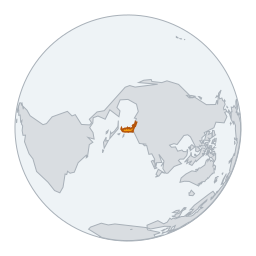 the Earth from above Florida, rotated 108°
{"feature_id": "USA-3542", "entity_name": "Florida", "entity_type": "State", "adm_level": 1, "iso_a3": "USA", "parent_name": "United States of America", "parent_adm1": "", "projection": "orthographic", "projection_center": [-82.742, 27.771], "detail": "fine", "context": "on_globe", "style": "filled", "palette": "amber", "viewbox_px": 256, "rotation_deg": 108, "n_neighbors": 0, "source": "natural_earth", "source_scale": "10m", "svg_char_len": 12489}
<svg xmlns="http://www.w3.org/2000/svg" viewBox="0 0 256 256"><g transform="rotate(108 128 128)"><circle cx="128" cy="128" r="113" fill="#eef3f6" stroke="#a8b0b8"/><path d="M136.9,165.3L134.2,164.3L131.6,167.5L122.3,162.4L118.9,156.0L90.1,143.3L87.1,139.5L86.9,133.9L77.2,113.3L81.5,131.9L77.7,127.8L74.7,120.9L76.4,119.7L74.4,109.9L71.1,105.5L70.9,93.4L77.8,79.7L78.9,82.4L80.4,79.1L79.2,75.7L78.0,74.3L81.6,60.7L78.6,52.0L74.1,52.1L77.9,50.1L67.0,52.6L63.1,51.2L69.7,51.2L72.0,50.0L70.5,48.0L72.6,46.4L73.0,44.6L75.6,42.9L79.3,43.4L81.1,42.5L79.9,41.1L81.7,38.9L83.2,40.9L86.7,37.4L93.4,38.2L95.3,46.2L101.2,46.4L108.9,54.1L110.4,52.4L114.3,54.7L117.4,53.7L117.9,55.8L120.0,53.3L118.9,51.7L119.4,50.1L121.2,49.5L122.2,51.8L121.4,52.5L122.6,52.9L122.4,54.4L123.5,53.3L124.5,56.4L126.1,52.4L129.1,54.3L129.0,56.6L125.6,57.4L117.1,65.9L116.0,69.1L117.8,72.5L128.5,76.2L128.7,79.5L131.5,83.2L132.9,80.7L131.3,77.0L134.7,73.6L132.3,69.9L133.3,68.1L132.2,64.0L136.1,63.6L140.4,65.5L141.5,68.9L143.4,70.0L145.4,66.1L150.3,72.2L158.6,76.1L159.4,78.0L155.8,82.3L148.3,83.6L143.5,90.5L150.3,85.2L152.4,90.5L154.3,91.1L156.4,90.5L157.1,88.2L158.5,90.0L152.4,95.6L150.9,94.1L152.9,92.2L149.4,93.0L145.2,97.4L146.6,100.0L138.9,104.8L139.8,106.8L138.6,109.2L137.7,105.5L139.2,112.4L130.4,120.8L132.2,133.0L126.4,123.7L121.8,122.7L116.4,123.0L116.6,125.0L109.2,123.3L102.7,127.3L100.8,136.8L103.7,144.2L111.9,144.9L114.2,140.9L120.1,140.1L116.3,150.9L126.7,152.4L125.9,160.3L129.0,164.3L134.1,163.0L139.5,164.6L143.1,159.9L149.0,156.8L149.3,163.2L152.4,157.0L155.8,159.7L167.4,157.7L166.6,159.2L176.4,164.7L186.6,165.4L188.9,169.1L187.8,172.1L191.2,171.9L191.2,173.6L204.4,171.5L210.7,172.8L210.2,178.5L204.3,187.3L197.6,201.5L186.7,208.9L183.1,214.1L173.0,222.2L166.5,223.3L167.4,225.6L163.1,227.9L158.6,228.8L157.1,230.6L153.7,231.2L155.4,231.9L149.0,234.6L149.7,235.8L144.8,237.4L145.3,237.9L143.8,238.1L142.0,238.5L141.5,238.8L137.4,238.6L137.2,237.2L139.5,236.2L137.6,236.2L142.5,233.4L140.0,234.1L142.3,229.5L146.6,224.9L151.1,209.9L149.0,206.9L140.8,203.6L130.9,190.8L133.8,185.0L131.6,182.3L139.0,173.4L136.9,165.3ZM26.1,110.3L26.9,107.8L27.0,110.0L26.1,110.3ZM27.0,105.9L26.8,106.8L26.9,105.9L27.0,105.9ZM26.8,105.0L26.9,105.6L26.7,105.1L26.8,105.0ZM26.5,104.1L26.7,104.5L26.5,104.1ZM131.8,137.1L143.7,142.1L137.2,143.3L138.4,142.2L135.3,140.0L129.7,138.1L123.9,139.5L131.8,137.1ZM26.3,102.0L26.3,101.5L26.5,101.6L26.3,102.0ZM136.6,130.2L134.6,129.8L136.6,129.7L136.6,130.2ZM77.1,74.0L78.9,75.8L79.3,79.7L77.5,78.3L77.1,74.0ZM76.7,67.2L78.2,67.4L76.3,70.6L76.1,69.5L76.7,67.2ZM70.4,52.7L71.5,53.8L69.7,53.4L70.4,52.7ZM72.6,44.6L71.6,44.9L72.3,43.9L72.6,44.6ZM130.2,64.6L131.2,64.3L130.9,65.2L130.2,64.6ZM128.8,63.2L127.7,64.4L126.9,63.9L127.5,63.2L128.8,63.2ZM76.9,40.6L78.2,39.0L77.5,40.6L76.9,40.6ZM130.3,61.8L125.5,62.9L124.1,62.1L125.5,58.7L130.3,61.8ZM79.4,38.1L82.6,34.7L80.7,34.9L87.9,32.6L82.8,36.1L82.2,38.0L81.2,37.4L79.4,38.1ZM117.8,51.4L119.0,53.1L116.4,52.4L117.8,51.4ZM116.0,51.4L107.0,51.8L106.1,49.2L109.3,49.5L106.7,46.8L110.6,45.2L112.9,46.4L112.8,48.3L114.4,46.3L116.0,51.4ZM91.3,32.0L92.6,31.4L92.0,32.2L91.3,32.0ZM119.4,49.4L117.7,49.6L116.8,47.4L120.0,46.5L119.3,47.5L119.4,49.4ZM104.1,46.9L104.0,45.2L107.2,43.4L107.5,42.6L110.7,45.0L104.1,46.9ZM120.4,47.7L121.7,46.2L123.8,46.7L121.1,49.1L120.4,47.7ZM115.2,47.2L114.9,46.1L116.1,46.4L115.2,47.2ZM131.8,48.2L129.7,48.3L129.1,47.1L131.8,48.2ZM122.1,45.6L121.4,45.4L120.9,45.0L122.1,44.2L122.1,45.6ZM112.7,43.7L114.0,43.4L111.5,42.6L113.8,41.4L115.5,43.3L115.7,42.0L116.4,41.7L117.0,43.6L112.7,43.7ZM121.9,42.1L124.9,44.4L128.8,44.4L129.5,45.4L123.0,45.3L121.9,42.1ZM119.0,42.8L121.0,42.6L120.8,43.9L119.4,44.8L119.0,42.8ZM114.7,40.0L110.8,41.3L110.6,40.9L114.7,40.0ZM123.1,41.8L122.4,41.3L123.4,41.7L123.1,41.8ZM117.3,40.2L116.0,40.7L115.7,40.2L117.3,40.2ZM122.0,40.0L123.0,40.6L122.0,41.3L122.0,40.0ZM119.9,39.9L119.9,39.1L121.1,41.1L119.3,40.1L119.9,39.9ZM117.3,39.7L116.8,39.5L117.9,39.5L117.3,39.7ZM125.1,37.4L126.9,39.8L124.8,41.0L123.4,38.5L125.1,37.4ZM144.0,238.9L137.6,238.8L141.3,238.9L144.7,238.1L147.8,238.2L144.0,238.9ZM153.5,236.5L157.0,235.6L157.6,235.6L155.4,236.3L153.5,236.5ZM211.0,51.9L212.7,53.8L210.3,51.5L203.0,44.0L201.8,42.9L211.0,51.9ZM196.9,38.9L197.1,39.1L192.9,36.0L196.9,39.1L197.5,39.4L200.0,41.5L199.7,41.4L198.2,40.2L199.0,41.2L205.7,47.1L207.0,48.0L210.9,53.0L213.4,55.1L215.5,57.7L212.0,55.2L210.2,53.3L206.2,52.9L208.6,55.2L212.4,55.9L212.5,56.7L215.7,60.3L213.4,58.2L208.5,57.2L210.1,62.7L217.1,75.4L217.0,78.8L214.6,79.9L206.9,71.0L208.1,64.4L205.4,61.6L200.8,60.3L201.5,58.5L199.8,57.3L199.8,55.0L195.6,49.7L194.9,47.4L189.2,43.7L188.0,42.1L191.8,44.7L194.1,45.4L192.0,40.4L190.4,38.9L186.8,37.0L186.7,36.1L183.4,35.0L180.2,31.9L181.4,34.8L177.2,33.2L173.0,30.7L171.9,30.8L178.7,35.0L181.2,36.2L183.0,36.4L190.1,40.9L191.7,43.0L185.1,40.7L186.7,43.7L180.9,41.0L166.0,30.7L161.9,27.6L163.9,24.8L167.2,25.9L168.2,27.4L171.1,27.1L169.0,26.6L168.9,26.0L164.9,24.7L164.6,24.2L161.2,23.9L160.4,23.2L162.6,23.4L156.0,21.3L153.3,20.0L151.9,19.8L151.2,19.9L148.2,18.4L147.3,18.3L148.0,18.8L146.6,19.1L143.1,19.1L142.2,18.5L143.4,18.4L144.6,17.6L147.8,17.8L147.1,17.6L144.1,17.4L142.7,18.3L140.8,18.5L141.0,17.8L140.8,18.1L139.6,18.0L137.6,17.5L137.1,18.2L125.0,19.5L120.0,19.1L121.5,18.1L112.2,19.5L107.3,19.6L107.9,19.9L103.8,21.2L105.3,21.2L105.3,21.5L95.5,25.7L92.5,26.5L89.0,29.4L89.3,29.6L91.3,29.1L87.9,32.6L80.7,34.9L80.4,34.1L76.2,36.3L76.0,34.4L73.9,34.1L76.2,31.2L74.4,31.5L72.9,32.4L69.3,33.7L66.9,33.8L75.3,29.7L80.1,30.2L78.7,29.4L80.9,28.5L81.6,27.7L80.4,27.5L79.1,28.1L87.1,23.4L87.8,22.8L95.6,20.1L103.6,18.0L111.7,16.6L119.8,15.7L128.1,15.4L136.3,15.7L144.5,16.6L152.6,18.1L160.5,20.2L168.3,22.8L175.9,26.1L183.2,29.8L190.3,34.1L196.9,38.9ZM240.3,119.6L240.2,118.6L240.3,121.8L239.8,119.8L239.6,121.3L236.4,134.2L233.8,133.0L226.8,124.0L226.3,116.8L223.3,110.8L217.0,79.5L218.8,77.6L217.5,65.9L217.9,65.3L221.5,70.2L223.2,68.5L219.7,63.1L218.7,61.2L223.1,67.7L227.1,74.5L230.6,81.6L233.6,88.9L236.1,96.4L238.1,104.0L239.5,111.8L240.3,119.6ZM222.9,92.5L223.9,94.5L222.9,92.5ZM167.8,157.5L169.2,158.5L167.4,158.8L167.8,157.5ZM136.4,146.1L138.9,146.1L140.2,147.0L138.4,147.5L136.4,146.1ZM156.8,144.3L159.5,144.5L156.7,145.4L156.8,144.3ZM145.6,142.7L154.6,144.4L149.1,146.9L143.4,145.9L147.3,145.0L145.6,142.7ZM135.7,134.1L137.3,134.5L136.9,135.8L135.7,134.1ZM138.1,130.1L137.5,130.2L136.7,129.3L138.1,130.1ZM152.8,90.1L153.3,89.8L155.5,89.6L154.6,90.7L152.8,90.1ZM164.1,83.8L166.3,86.8L164.1,85.2L163.4,87.1L157.9,86.4L159.6,78.9L159.8,82.3L164.1,83.8ZM151.1,83.7L154.3,84.8L150.7,83.9L151.1,83.7ZM190.3,53.9L191.7,53.6L193.7,55.5L194.5,59.3L191.5,56.5L190.3,53.9ZM193.2,52.9L186.4,50.0L185.7,47.8L187.3,49.4L187.4,48.3L190.0,50.7L195.9,51.8L198.1,53.6L198.3,59.1L197.0,56.1L195.7,56.5L193.2,52.9ZM170.5,49.1L167.6,48.6L169.8,44.4L172.3,45.4L173.2,49.0L170.8,50.0L170.5,49.1ZM133.7,55.9L132.4,56.5L132.1,55.8L133.0,54.7L133.7,55.9ZM130.9,48.3L138.9,52.8L137.8,53.6L143.8,55.6L143.4,58.7L139.5,57.2L143.6,61.2L140.0,61.1L143.1,63.7L134.6,60.1L131.5,60.5L135.1,58.9L135.6,56.0L134.9,54.9L130.5,52.0L124.1,51.6L123.5,49.0L124.8,47.2L126.3,46.9L126.2,48.7L128.2,47.0L129.2,49.3L130.9,48.3ZM140.6,32.3L139.9,33.8L144.1,32.1L145.1,33.9L145.5,33.6L147.6,34.9L150.9,36.0L150.8,36.9L152.1,37.0L153.5,38.0L155.3,38.4L155.8,40.3L158.0,41.0L157.0,41.5L160.6,42.4L158.2,42.6L159.7,44.0L161.3,43.1L159.9,53.3L161.2,57.9L163.6,61.8L159.1,62.0L153.9,58.7L149.0,54.0L148.4,49.7L146.5,50.7L145.6,49.0L147.5,48.9L144.0,48.1L143.8,46.8L139.5,43.5L134.7,43.5L133.0,42.5L134.8,41.8L131.8,41.2L134.1,39.3L132.9,38.5L134.0,36.0L138.1,35.4L136.5,34.6L137.2,32.9L140.6,32.3ZM125.6,36.6L130.3,35.1L133.2,35.4L130.1,39.7L130.9,40.7L129.0,43.8L124.9,43.3L125.8,42.4L125.7,41.5L127.1,42.0L125.9,40.9L127.1,39.7L126.6,38.6L128.3,38.4L125.6,36.6ZM216.2,62.6L216.2,61.9L215.6,60.4L217.6,62.8L216.2,62.6ZM213.1,62.1L212.7,61.0L215.2,63.3L215.3,64.2L213.1,62.1ZM210.3,58.6L212.5,60.8L211.3,60.1L210.3,58.6ZM191.2,43.7L190.6,42.7L191.3,42.9L192.7,44.0L191.2,43.7ZM153.3,28.9L152.5,29.4L151.7,29.2L148.2,29.4L147.2,28.3L148.9,27.7L153.3,28.9ZM215.7,57.8L215.3,56.9L216.3,58.4L215.7,57.8ZM151.6,27.7L150.3,27.9L150.6,27.3L151.6,27.7ZM146.3,27.5L146.3,26.7L146.6,28.2L146.3,27.5ZM141.0,20.3L147.1,21.0L150.8,21.2L151.8,20.6L152.9,21.9L147.3,21.6L141.0,20.3ZM127.1,19.6L126.2,20.4L124.9,20.1L124.9,19.9L127.1,19.6ZM127.8,20.0L130.0,21.0L128.4,21.5L127.0,20.6L127.8,20.0ZM141.0,23.7L142.9,24.0L142.6,24.4L141.0,23.7ZM81.0,25.7L81.3,25.5L79.0,26.6L81.0,25.7ZM91.9,31.2L92.6,31.4L91.3,31.7L91.9,31.2ZM106.2,21.4L105.9,21.9L104.5,22.1L106.2,21.4ZM104.5,23.4L106.3,22.8L104.7,23.7L104.5,23.4ZM110.3,21.6L107.2,22.7L109.7,21.3L110.3,21.6Z" fill="#d9dde1" stroke="#a8b0b8" stroke-width="1"/><path d="M120.3,122.8L120.0,122.8L120.1,122.7L120.1,122.4L120.1,122.2L119.9,122.0L119.8,121.8L119.8,121.5L124.2,121.6L124.3,121.8L124.3,122.1L128.8,122.5L128.9,122.8L129.0,122.9L129.2,122.5L129.2,122.3L129.2,122.2L129.3,122.0L129.8,122.2L130.2,122.2L130.2,122.6L130.1,122.4L130.1,122.5L130.3,122.7L130.3,123.0L130.6,124.1L131.1,125.4L131.6,126.2L131.8,126.6L131.7,126.7L131.7,127.1L131.8,127.4L132.0,127.7L132.0,127.8L131.7,127.3L131.7,127.1L131.7,126.8L131.7,126.5L131.7,126.3L131.4,126.3L131.4,126.2L131.5,126.8L132.1,128.2L132.2,128.5L132.4,129.1L132.2,129.0L132.5,129.2L132.7,129.5L132.7,129.8L132.8,130.3L132.7,131.2L132.6,131.3L132.6,131.9L132.6,131.6L132.5,131.9L132.4,132.0L132.3,132.5L132.1,132.9L132.2,133.0L132.1,132.9L132.0,133.0L131.9,133.0L132.0,132.9L131.9,132.9L131.8,133.0L131.7,133.0L131.4,133.1L130.9,133.2L130.8,132.8L131.0,132.9L131.1,133.0L131.2,132.9L130.8,132.7L130.7,132.4L130.8,132.3L130.7,132.3L130.6,132.0L130.5,131.9L130.2,131.7L129.9,131.6L129.7,131.2L129.7,131.3L129.6,130.6L129.3,130.5L129.3,130.4L129.3,130.5L129.5,130.4L129.7,130.1L129.4,130.4L129.2,130.4L129.2,130.1L129.2,129.8L129.1,129.7L129.3,129.6L129.1,129.6L128.9,129.6L129.0,129.9L128.8,129.8L128.7,129.6L128.5,129.3L128.4,129.1L128.3,128.9L128.3,128.7L128.1,128.6L128.3,128.5L128.2,128.5L128.3,128.4L128.2,128.4L128.6,127.9L128.6,127.7L128.5,127.9L128.4,127.9L128.3,127.7L128.2,127.6L128.3,127.6L128.1,127.5L128.3,127.8L128.2,127.8L128.2,128.1L127.9,127.9L128.0,128.1L127.8,127.9L127.8,127.7L127.8,127.8L128.0,127.3L127.9,127.2L128.0,127.0L128.1,126.7L128.2,126.2L128.1,125.9L128.2,126.0L128.2,125.8L128.0,125.7L127.9,125.2L127.5,125.2L127.4,125.0L127.2,124.8L126.9,124.5L126.9,124.3L126.6,124.1L126.4,123.8L125.8,123.4L125.6,123.5L125.5,123.4L125.2,123.5L125.3,123.7L125.1,123.6L125.3,123.7L125.3,123.8L125.2,123.8L124.4,124.1L124.1,124.1L123.9,124.1L123.6,124.2L123.4,123.9L123.5,123.8L123.5,124.1L123.5,123.8L123.2,123.6L123.3,123.6L123.0,123.3L123.4,123.5L123.5,123.5L123.4,123.4L123.4,123.5L123.3,123.4L123.2,123.3L122.9,123.2L123.1,123.1L123.2,122.9L123.1,123.0L122.9,122.9L122.7,123.0L122.8,123.1L123.0,123.3L122.9,123.3L122.4,122.9L121.6,122.7L121.9,122.8L122.0,122.7L122.1,122.8L122.1,122.7L122.3,122.8L122.2,122.6L121.8,122.6L121.7,122.6L121.8,122.5L121.7,122.5L121.2,122.7L120.5,122.8L120.6,122.7L120.8,122.7L121.0,122.6L120.8,122.5L120.9,122.4L120.7,122.6L120.6,122.4L120.5,122.5L120.3,122.7L120.3,122.8L120.3,122.8ZM131.5,126.5L131.6,126.3L131.6,126.7L131.6,127.0L131.5,126.6L131.5,126.5ZM132.4,132.7L132.2,133.1L131.9,133.5L132.1,133.2L132.2,132.8L132.4,132.7L132.4,132.7ZM121.3,122.7L121.6,122.7L120.4,122.8L121.3,122.7ZM132.3,128.7L132.0,127.8L132.1,128.1L132.5,129.1L132.3,128.7ZM129.2,130.5L129.1,130.3L129.0,130.1L129.2,130.5ZM129.1,130.6L129.3,130.6L129.2,130.7L128.9,130.4L129.1,130.6ZM124.0,124.3L123.8,124.2L124.0,124.2L124.0,124.3ZM130.2,134.1L130.0,134.3L130.1,134.2L130.2,134.1ZM124.2,124.3L124.7,124.1L124.2,124.3L124.2,124.3ZM130.3,133.9L130.5,134.0L130.3,133.9ZM128.2,128.8L128.1,128.7L128.3,128.9L128.2,128.8ZM129.9,134.2L130.0,134.3L129.8,134.3L129.9,134.2ZM130.3,131.8L130.2,131.8L130.2,131.7L130.3,131.8ZM131.0,134.0L130.9,134.0L131.0,133.9L131.0,134.0L131.0,134.0ZM124.7,124.0L124.9,124.0L124.7,124.0L124.7,124.0ZM128.8,129.9L128.8,130.0L128.8,129.9ZM130.2,134.1L130.3,134.1L130.2,134.1L130.2,134.1ZM131.5,133.7L131.5,133.8L131.4,133.8L131.5,133.7ZM132.5,132.4L132.5,132.6L132.4,132.6L132.5,132.4ZM131.2,133.9L131.1,134.0L131.2,133.9L131.2,133.9ZM129.8,134.3L129.7,134.3L129.8,134.3ZM128.9,130.2L128.9,130.3L128.9,130.2ZM130.1,131.7L130.1,131.8L130.1,131.7ZM129.1,134.3L129.1,134.2L129.1,134.3L129.1,134.3ZM131.8,133.5L131.7,133.6L131.8,133.5Z" fill="#f59e0b" stroke="#b45309" stroke-width="1.5"/></g></svg>